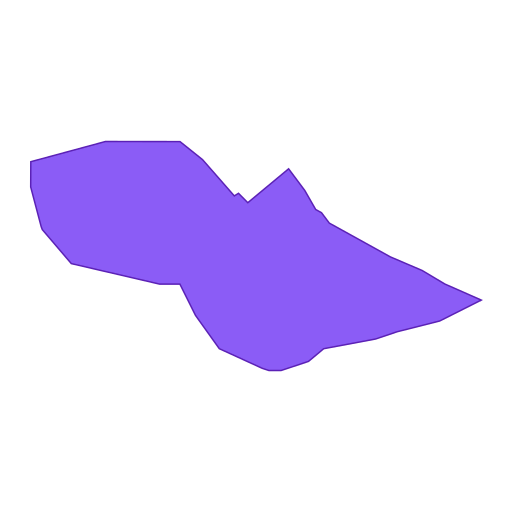 Danew, Chardzhou, Turkmenistan
{"feature_id": "10190150B82365313393871", "entity_name": "Danew", "entity_type": "district", "adm_level": 2, "iso_a3": "TKM", "parent_name": "Turkmenistan", "parent_adm1": "Chardzhou", "projection": "albers", "projection_center": [63.207, 39.218], "detail": "fine", "context": "isolated", "style": "filled", "palette": "violet", "viewbox_px": 512, "rotation_deg": 0, "n_neighbors": 0, "source": "geoboundaries", "source_scale": "gbopen_adm2", "svg_char_len": 547}
<svg xmlns="http://www.w3.org/2000/svg" viewBox="0 0 512 512"><path d="M422.2,270.5L390.4,256.9L329.3,223.1L321.5,212.7L315.7,209.5L304.8,190.5L288.6,168.8L247.8,202.7L238.5,193.3L234.3,195.9L202.6,159.7L180.0,141.6L105.4,141.5L30.8,161.7L30.7,187.0L41.2,226.7L42.3,229.6L71.3,263.6L159.5,284.1L179.9,284.1L195.5,315.4L219.3,348.7L262.2,368.3L268.9,370.5L281.1,370.5L308.5,361.4L323.7,348.7L375.6,339.0L397.3,331.7L439.7,321.0L480.2,300.6L480.3,300.7L481.3,300.1L444.8,284.0L422.2,270.5Z" fill="#8b5cf6" stroke="#5b21b6" stroke-width="1.5"/></svg>